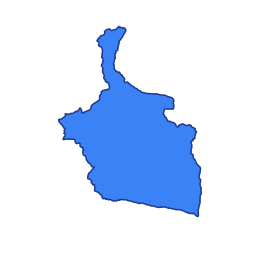 Cubará, Boyacá, Colombia, rotated 78°
{"feature_id": "7082276B20538039058858", "entity_name": "Cubará", "entity_type": "district", "adm_level": 2, "iso_a3": "COL", "parent_name": "Colombia", "parent_adm1": "Boyacá", "projection": "orthographic", "projection_center": [-72.252, 6.875], "detail": "fine", "context": "isolated", "style": "filled", "palette": "blue", "viewbox_px": 256, "rotation_deg": 78, "n_neighbors": 0, "source": "geoboundaries", "source_scale": "gbopen_adm2", "svg_char_len": 5839}
<svg xmlns="http://www.w3.org/2000/svg" viewBox="0 0 256 256"><g transform="rotate(78 128 128)"><path d="M193.3,67.8L192.3,68.6L191.8,68.7L190.1,68.6L187.2,67.1L182.8,65.5L182.0,65.5L180.7,66.0L179.4,67.1L177.0,68.3L173.0,69.1L171.2,70.1L169.8,70.3L167.6,70.0L167.1,70.4L166.5,71.7L165.9,72.0L164.3,70.9L162.3,71.1L161.1,70.0L160.5,69.7L157.6,69.1L156.0,69.3L154.6,69.3L154.0,68.7L154.0,67.5L153.7,67.0L153.2,66.7L152.4,66.9L152.1,66.7L152.3,65.2L152.1,64.8L150.7,64.6L147.6,63.1L146.1,61.8L145.5,61.9L144.4,62.8L143.8,62.9L143.3,62.8L143.0,62.4L142.8,62.3L141.7,63.3L140.9,64.7L140.5,65.2L138.8,65.7L138.5,66.4L137.6,67.0L137.5,67.7L137.9,69.1L137.8,70.1L136.6,72.1L135.8,72.9L135.4,73.6L135.3,74.5L135.8,76.3L135.9,77.8L136.1,78.0L136.6,77.9L137.0,78.2L137.3,79.0L137.1,79.7L135.7,80.6L134.2,80.7L132.7,81.8L131.8,82.9L131.5,84.1L130.8,85.1L130.0,85.7L130.0,87.2L129.9,87.4L127.3,88.3L125.9,88.4L125.4,88.8L125.0,89.8L123.0,89.7L122.0,90.4L121.1,90.6L119.7,89.5L118.6,89.1L117.2,88.1L117.4,85.9L117.9,84.8L118.2,82.8L118.2,81.9L118.9,80.5L118.8,79.9L118.3,79.4L115.3,78.4L112.7,78.6L111.9,78.2L111.4,77.5L110.7,77.7L109.5,77.5L107.4,78.8L106.6,80.6L106.0,81.4L105.8,82.3L104.1,84.3L103.3,85.9L102.9,87.9L102.1,89.9L101.3,91.3L101.1,92.0L100.4,93.1L100.2,93.7L100.4,95.3L99.9,95.9L99.4,98.5L98.8,99.1L98.8,100.8L98.2,101.5L98.1,102.8L97.8,103.4L97.4,104.1L96.9,104.5L96.1,107.1L95.2,107.5L94.8,108.2L94.1,108.4L93.2,110.4L92.3,110.5L91.4,111.1L90.0,113.3L89.2,113.5L88.1,114.7L87.2,115.9L85.8,116.7L84.7,117.9L83.9,118.2L83.0,118.9L82.8,119.3L83.1,120.5L82.7,121.5L81.5,122.0L81.0,121.7L80.4,121.7L79.6,121.1L79.0,121.1L78.3,121.3L77.2,122.3L76.5,122.4L75.8,123.0L75.2,122.7L74.6,123.2L74.3,123.9L73.3,124.4L72.8,124.3L72.3,124.5L72.0,125.1L71.5,125.1L71.6,125.8L71.4,126.3L70.0,127.3L70.0,127.9L69.8,128.1L68.9,128.6L67.6,128.9L67.2,129.1L65.1,128.7L64.2,129.0L63.0,128.4L62.3,128.9L61.4,128.3L58.6,127.1L57.3,126.1L57.0,126.1L56.3,125.7L55.4,126.0L54.9,125.6L53.9,125.7L53.3,125.2L52.7,125.2L52.4,124.5L51.2,124.0L50.4,123.9L49.9,122.1L49.7,121.9L48.5,121.9L47.7,121.0L47.0,121.2L45.4,120.5L45.0,119.8L43.6,119.6L42.6,118.7L41.8,118.7L40.9,118.3L40.4,117.4L37.7,114.4L35.6,113.0L35.3,112.3L34.7,111.9L32.5,109.9L31.6,109.8L30.6,110.0L29.2,111.0L28.9,111.5L28.8,112.1L29.1,113.0L27.8,114.4L27.8,114.8L28.0,115.4L27.9,115.7L26.9,115.9L27.3,116.4L27.7,117.3L28.8,118.9L29.3,120.2L29.0,121.8L29.2,124.1L27.1,125.6L27.4,126.9L27.3,128.0L27.8,129.5L28.6,130.8L30.6,131.0L31.4,131.6L31.8,132.5L32.2,134.8L32.2,135.7L32.7,136.3L34.0,136.9L34.0,138.2L35.8,139.9L36.4,140.2L36.8,139.6L38.0,138.9L38.6,138.8L39.4,138.8L40.7,139.6L41.5,139.5L42.2,138.9L42.4,138.4L43.0,137.6L43.5,137.3L44.1,137.0L45.5,136.8L48.0,137.0L49.5,137.8L50.7,137.8L51.6,138.5L53.5,139.0L54.1,138.8L55.1,138.0L55.9,137.7L57.2,138.8L59.5,139.5L60.9,140.8L61.7,141.0L62.6,140.4L64.1,140.3L64.8,140.1L65.9,140.8L67.1,140.9L68.1,141.3L69.1,140.9L71.6,140.4L72.5,140.5L73.0,141.0L73.9,141.3L75.0,141.1L76.0,140.3L77.7,140.4L77.9,139.7L79.0,139.4L79.7,137.8L81.4,137.8L82.3,137.3L83.3,137.6L84.7,137.7L86.1,138.6L86.3,139.1L86.0,139.7L86.1,141.0L85.9,141.6L86.2,142.3L86.0,142.9L86.3,144.1L86.1,144.7L87.0,146.7L88.8,146.9L89.9,147.8L90.0,148.3L90.7,149.1L94.3,149.9L94.7,150.3L95.0,151.5L96.1,153.4L96.5,154.6L96.8,156.3L97.8,157.6L98.1,158.7L99.1,159.5L100.8,160.0L102.2,161.2L102.6,162.6L103.0,165.7L103.8,168.6L103.5,168.6L103.7,169.6L103.0,170.0L102.1,169.8L100.3,169.8L98.7,170.5L98.4,170.8L100.2,172.6L101.1,174.1L101.2,174.5L100.9,175.0L101.2,175.4L101.2,176.6L101.8,177.6L102.2,178.8L102.2,179.9L101.9,180.3L101.9,181.0L102.5,182.6L102.2,183.4L102.0,183.6L101.8,184.6L101.3,185.3L101.4,185.8L101.2,186.4L103.0,186.8L104.0,187.7L104.3,189.0L105.2,190.6L105.4,192.1L105.3,193.8L105.4,194.0L106.6,194.2L107.6,194.1L108.1,193.6L109.7,193.1L112.4,191.3L114.5,190.9L115.1,189.9L115.6,189.7L116.1,189.8L116.7,190.5L117.7,191.1L118.9,190.9L119.7,191.7L120.0,191.7L121.0,190.7L122.4,191.0L123.4,192.4L125.4,193.8L125.8,193.8L126.0,193.0L125.9,190.0L126.7,188.2L126.8,186.9L127.6,184.4L127.7,183.1L128.3,182.5L129.2,182.2L130.4,182.7L131.2,182.2L132.2,182.0L132.7,181.1L132.6,180.1L132.7,178.9L133.1,178.3L133.8,178.1L135.2,178.7L136.0,178.5L137.1,177.7L137.5,176.5L137.8,176.2L138.6,176.6L140.1,176.0L141.0,177.0L142.5,177.5L145.3,177.1L146.4,175.7L147.8,175.1L148.7,175.1L149.5,175.4L150.9,175.2L151.5,174.5L152.8,174.4L153.9,173.9L155.3,172.3L157.0,172.0L158.4,171.3L159.2,169.2L159.9,169.7L161.2,171.8L162.8,173.4L163.6,175.0L164.4,176.0L165.8,176.7L166.4,177.2L169.1,177.9L170.6,175.5L171.5,175.0L171.9,174.6L173.9,175.3L174.0,174.9L174.3,174.7L176.1,174.3L176.6,172.7L177.4,172.9L178.9,172.9L179.4,172.6L181.5,173.6L182.4,173.7L183.2,172.9L184.3,171.0L185.6,169.8L187.1,169.1L188.6,167.6L189.0,167.5L190.2,167.8L192.0,167.1L191.9,165.9L192.4,164.9L193.1,164.7L193.2,164.3L193.0,163.9L193.1,163.0L193.3,162.6L193.8,162.5L194.1,162.0L194.3,161.5L194.2,160.7L194.4,159.9L194.8,159.3L195.3,159.1L195.5,158.3L196.2,157.9L196.7,157.2L196.4,155.6L196.9,154.7L196.7,154.0L196.8,153.3L196.3,152.5L196.9,151.6L196.3,150.3L196.8,149.7L196.6,148.7L197.4,146.9L197.8,144.7L198.9,143.4L200.4,139.7L202.0,137.3L202.6,135.4L203.9,133.3L204.3,132.0L204.1,130.5L204.7,129.2L205.2,128.5L205.9,126.8L207.0,125.7L207.5,123.7L208.8,122.1L209.3,120.2L210.7,117.3L211.7,115.6L212.1,114.4L212.7,109.0L213.0,108.1L214.9,105.0L214.8,104.2L216.1,101.9L216.3,101.0L217.8,98.1L218.5,95.0L219.6,92.6L221.0,90.4L222.9,88.2L223.1,87.1L224.0,86.4L224.3,85.9L224.7,83.8L225.2,83.2L225.2,82.8L224.8,82.1L225.0,81.6L226.0,80.9L226.7,80.2L227.9,79.7L228.7,78.8L229.1,78.0L228.5,77.4L223.0,76.4L218.5,74.4L216.9,73.4L215.2,72.9L209.2,71.5L208.3,70.5L206.9,69.9L205.7,69.6L204.1,69.8L202.8,69.0L201.7,69.0L199.6,69.4L197.5,69.2L195.5,68.2L193.3,67.8Z" fill="#3b82f6" stroke="#1e3a8a" stroke-width="1.5"/></g></svg>